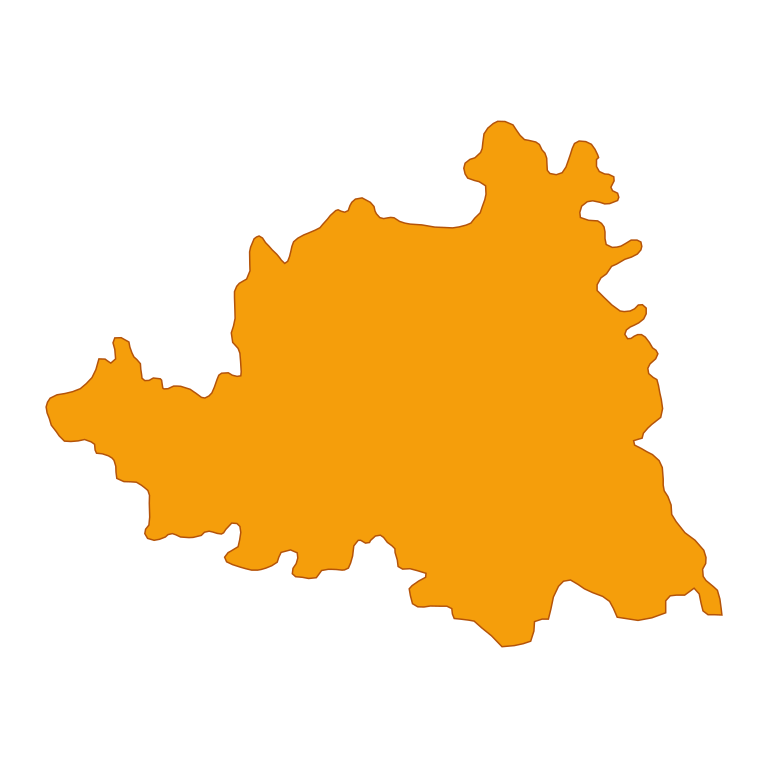 outline of Chervyen, Minsk, Belarus
{"feature_id": "67162791B52884935059856", "entity_name": "Chervyen", "entity_type": "district", "adm_level": 2, "iso_a3": "BLR", "parent_name": "Belarus", "parent_adm1": "Minsk", "projection": "mercator", "projection_center": [28.408, 53.766], "detail": "fine", "context": "isolated", "style": "filled", "palette": "amber", "viewbox_px": 768, "rotation_deg": 0, "n_neighbors": 0, "source": "geoboundaries", "source_scale": "gbopen_adm2", "svg_char_len": 5578}
<svg xmlns="http://www.w3.org/2000/svg" viewBox="0 0 768 768"><path d="M721.9,615.0L721.2,608.9L719.9,599.1L717.4,590.3L713.6,586.8L706.0,580.5L703.2,576.4L702.6,569.2L705.7,563.5L706.0,557.5L703.8,550.3L695.0,540.2L684.9,532.7L676.1,521.6L671.7,514.4L671.1,505.0L667.9,496.5L664.2,490.8L663.2,485.1L663.2,479.1L662.3,467.5L659.1,460.6L652.5,454.6L646.8,451.7L641.5,448.6L634.6,445.1L633.6,440.7L638.7,439.1L642.1,438.2L643.4,433.2L647.8,428.1L651.9,424.3L660.7,417.4L662.6,408.6L661.3,399.5L659.8,392.9L658.5,385.6L656.9,379.6L653.1,377.4L648.7,373.6L647.8,368.3L650.0,363.9L655.7,358.8L657.9,353.8L656.0,350.3L652.5,347.8L649.4,342.5L645.3,337.1L641.5,334.6L637.7,334.6L634.2,336.2L631.1,338.4L627.6,338.7L624.8,334.3L626.4,329.9L630.2,327.0L634.2,325.2L638.7,322.9L643.7,318.9L646.2,313.8L646.2,308.1L642.4,304.7L638.3,305.0L634.6,308.8L630.2,311.0L624.2,311.6L620.1,311.0L611.9,305.0L604.0,297.4L597.1,290.5L597.1,284.8L600.9,277.9L606.5,273.8L611.6,266.3L616.6,264.1L624.8,259.3L631.4,257.1L637.4,254.0L640.9,249.9L641.8,246.4L640.9,242.0L637.1,240.1L631.1,240.1L625.4,243.6L621.0,246.1L616.9,247.1L612.2,247.4L606.2,244.5L605.0,238.6L605.0,231.9L604.0,226.9L601.5,223.4L597.7,220.9L588.6,220.3L580.4,217.5L579.8,212.4L581.7,206.1L587.3,201.7L592.7,200.8L599.9,202.3L604.7,203.9L609.7,203.6L617.6,200.5L618.8,197.3L617.6,193.2L612.5,190.7L610.9,187.2L614.1,180.9L613.8,176.8L608.7,174.3L604.7,174.0L599.3,171.5L596.5,166.5L596.5,159.5L598.6,157.6L597.7,154.9L595.0,149.3L591.4,144.3L585.8,141.6L579.1,141.0L574.5,143.5L572.3,148.3L570.3,154.7L568.2,160.8L566.0,167.0L562.2,172.7L556.3,174.7L549.9,173.5L547.3,170.3L546.9,163.0L546.7,158.2L544.9,153.1L542.0,149.9L539.4,144.5L535.8,142.0L528.9,140.4L524.5,139.6L520.1,135.4L516.6,130.4L513.0,124.9L505.0,121.5L497.7,121.3L493.3,123.5L487.8,128.1L485.0,132.4L484.0,133.8L482.8,142.8L482.2,148.5L480.6,152.5L474.9,157.8L469.9,159.4L465.1,163.2L463.8,168.2L465.1,173.9L467.7,178.1L474.5,180.5L479.2,181.7L485.6,185.8L486.0,194.2L484.8,199.7L482.4,206.3L480.2,212.8L474.7,218.2L470.9,223.1L466.1,225.1L459.2,226.9L452.6,227.9L444.3,227.5L434.8,227.1L421.9,224.9L410.2,224.1L404.8,223.1L399.6,221.4L394.1,217.8L390.7,217.4L386.9,218.0L383.6,218.6L379.8,217.6L376.4,213.8L375.0,211.0L374.0,206.5L370.3,202.3L362.1,197.9L355.4,199.1L351.8,202.3L350.0,205.5L348.2,210.6L344.7,212.2L341.1,211.2L338.1,209.8L335.7,210.6L332.4,213.6L330.4,215.4L327.6,219.0L322.8,224.3L320.0,227.7L315.3,230.1L308.3,233.1L303.8,234.9L297.8,238.2L293.6,241.8L291.9,246.4L290.7,251.9L289.5,256.7L287.7,261.3L284.7,263.4L281.3,260.1L279.6,257.7L276.8,254.3L272.2,249.9L268.8,246.0L265.5,242.6L262.5,238.0L259.1,236.0L256.5,237.0L254.1,238.8L250.6,247.2L249.6,251.9L249.8,264.4L250.0,270.8L246.6,279.1L243.4,280.9L239.3,283.3L236.7,286.3L234.5,291.6L234.5,297.4L234.9,309.9L235.1,318.4L233.5,326.0L231.3,332.9L232.7,342.4L238.1,348.4L239.9,353.2L240.6,361.7L241.2,371.8L240.8,375.8L237.1,376.4L232.3,375.2L228.3,372.8L221.6,373.2L218.8,375.2L217.0,379.6L214.4,387.1L211.9,392.9L208.9,396.0L204.9,398.0L201.5,397.4L196.0,393.3L193.6,391.7L190.2,389.3L180.7,386.3L177.3,386.1L173.6,386.1L171.4,387.1L168.0,388.7L164.0,388.9L162.8,388.1L162.2,384.3L161.6,380.2L160.3,378.8L153.3,378.0L149.1,380.4L144.8,380.6L142.0,378.2L141.6,374.6L140.8,369.4L140.4,363.7L136.8,359.5L133.9,356.9L131.9,352.8L129.9,347.2L128.9,342.0L121.2,337.7L114.8,337.9L113.0,342.8L114.8,349.4L115.6,358.9L110.8,363.1L107.5,360.9L105.1,359.1L99.3,358.9L98.9,358.9L95.9,369.6L92.0,377.6L86.2,383.7L80.3,388.7L72.5,391.7L65.0,393.5L57.0,394.8L50.1,398.2L47.5,402.2L46.1,407.0L46.5,409.2L47.1,412.9L49.3,418.5L51.3,425.2L56.4,431.8L59.2,435.9L64.4,441.1L70.9,441.5L78.1,440.9L84.6,439.5L91.2,441.9L94.6,444.3L95.1,450.0L96.5,453.2L102.3,453.8L108.4,455.8L112.0,458.0L114.0,460.3L115.8,466.3L116.0,472.1L116.8,478.4L123.9,481.6L130.7,481.8L136.4,482.2L141.4,485.2L144.4,487.5L147.9,490.5L149.5,495.3L149.3,503.2L149.7,517.1L148.9,525.1L145.6,529.2L144.8,533.6L147.6,538.4L154.1,540.3L159.5,539.3L165.4,537.0L168.0,534.6L172.4,533.6L175.9,534.8L180.5,537.0L189.0,537.6L193.2,537.4L201.3,535.4L204.5,532.2L209.1,531.2L212.7,532.0L217.2,533.4L221.4,534.0L223.6,532.8L225.8,529.4L231.7,523.1L236.9,523.5L239.9,526.4L240.8,532.4L239.7,539.7L238.1,546.7L230.5,551.3L228.1,552.6L224.6,557.2L226.6,561.8L232.5,564.6L240.2,567.1L245.8,568.7L251.6,570.1L257.7,570.1L261.1,569.5L265.9,568.1L271.8,565.7L277.2,562.2L278.8,557.2L281.1,552.4L290.5,549.9L297.2,552.8L297.8,558.0L296.2,563.6L293.0,568.3L292.3,573.7L295.6,576.7L302.4,577.3L308.7,578.5L316.3,577.7L318.7,574.5L321.6,570.5L328.2,569.3L331.6,569.3L336.3,569.5L342.1,570.1L344.5,569.9L348.4,568.1L350.6,563.0L352.6,556.0L353.8,545.9L358.2,540.3L360.7,540.3L365.5,543.1L369.5,542.5L370.5,540.5L375.4,536.0L380.4,535.2L383.6,537.4L387.3,542.3L392.1,545.9L394.9,548.7L395.1,552.6L397.3,560.0L398.1,566.5L402.6,569.1L410.0,568.7L417.5,570.7L426.0,573.3L425.6,577.3L418.7,581.0L412.1,585.6L409.2,588.8L410.4,595.7L412.5,603.7L417.7,606.8L423.9,607.0L430.4,606.0L441.3,606.2L446.9,606.2L451.8,608.6L452.4,614.0L454.2,618.5L460.4,619.1L468.5,620.1L474.1,621.1L482.0,628.1L491.5,635.8L502.0,646.7L514.3,645.6L523.2,643.7L530.7,641.2L533.9,631.1L534.5,621.6L542.1,619.1L548.4,619.1L550.9,609.0L553.4,597.0L558.5,586.3L563.5,581.2L570.5,580.0L578.0,584.4L584.4,588.8L592.6,592.6L602.7,596.4L609.6,601.4L613.4,608.4L617.2,617.2L638.0,620.4L651.9,617.8L665.7,612.8L665.7,600.8L670.2,595.8L676.5,595.1L684.7,595.1L694.1,588.2L699.2,593.9L701.1,603.3L703.0,610.9L708.0,614.7L714.3,614.7L721.9,615.0Z" fill="#f59e0b" stroke="#b45309" stroke-width="1.5"/></svg>